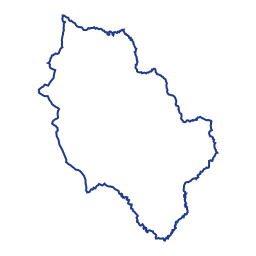 the district of Calvas, Loja, Ecuador
{"feature_id": "8360857B77805583896778", "entity_name": "Calvas", "entity_type": "district", "adm_level": 2, "iso_a3": "ECU", "parent_name": "Ecuador", "parent_adm1": "Loja", "projection": "natural_earth1", "projection_center": [-79.585, -4.34], "detail": "fine", "context": "isolated", "style": "outline", "palette": "blue", "viewbox_px": 256, "rotation_deg": 0, "n_neighbors": 0, "source": "geoboundaries", "source_scale": "gbopen_adm2", "svg_char_len": 5798}
<svg xmlns="http://www.w3.org/2000/svg" viewBox="0 0 256 256"><path d="M123.8,29.7L121.7,29.9L120.5,31.2L119.7,31.1L119.1,32.3L117.8,31.7L117.0,33.0L115.5,32.1L113.9,32.3L113.3,35.4L112.6,34.9L112.2,32.8L111.3,32.3L110.7,31.6L109.7,31.5L109.2,31.8L109.3,34.7L108.5,35.0L107.5,34.3L106.8,32.2L105.9,32.4L104.8,31.9L104.2,30.7L103.1,30.7L101.0,28.7L98.8,29.2L96.7,27.9L95.5,28.7L94.2,27.2L93.2,28.0L90.4,28.0L89.6,28.7L88.3,28.1L87.3,29.4L86.2,30.1L83.8,30.0L83.1,29.4L82.4,28.0L81.4,27.2L78.5,27.0L77.2,26.4L76.0,25.3L75.1,23.3L73.2,22.4L71.1,20.6L70.4,21.0L69.7,20.8L69.0,20.0L68.3,17.7L66.9,17.6L63.8,15.4L63.1,15.5L63.6,16.0L62.7,16.7L62.6,18.1L62.2,18.7L63.1,21.6L64.4,22.0L65.5,21.4L63.8,23.9L63.9,26.9L63.6,27.3L63.6,29.0L64.0,29.6L62.9,33.3L63.1,34.4L62.5,35.8L61.8,40.3L62.1,41.9L61.9,45.7L62.4,47.3L61.4,47.9L60.3,49.2L59.2,51.9L58.9,53.1L57.3,54.0L55.5,53.5L54.9,54.2L53.5,54.7L53.3,55.3L52.0,55.4L51.6,56.2L51.3,57.6L50.5,58.3L50.1,60.8L49.3,62.2L48.1,63.0L49.0,63.3L49.9,64.4L49.7,66.5L50.4,68.0L53.0,69.3L55.2,70.0L54.1,74.0L53.6,77.9L50.2,82.1L48.2,85.6L44.9,84.6L44.3,85.0L43.3,86.6L41.9,87.2L39.1,89.4L38.7,90.1L39.2,91.7L39.1,92.9L43.8,95.8L45.0,96.1L47.8,96.1L49.2,99.7L51.1,102.0L52.1,104.3L56.1,107.1L57.8,107.8L59.1,109.0L58.0,111.0L57.6,113.4L57.6,114.7L58.2,117.2L57.6,118.2L54.5,119.7L53.0,121.2L52.6,121.8L52.1,123.6L53.9,125.1L55.9,126.0L56.3,126.8L57.5,127.9L57.4,129.0L57.8,129.6L57.6,130.8L56.2,132.2L56.8,136.5L58.4,139.4L59.5,144.8L62.2,149.7L66.4,159.9L66.1,162.2L67.1,162.7L68.2,163.9L71.1,165.6L72.7,167.2L73.5,167.5L75.6,169.6L78.2,170.0L80.3,171.2L83.9,175.6L85.6,180.1L85.5,182.8L86.4,187.4L86.1,190.3L87.1,192.3L87.5,191.9L88.2,192.3L89.4,192.0L91.0,189.5L91.7,189.2L92.4,189.6L92.9,189.3L93.6,187.7L95.1,188.5L95.5,188.4L95.8,187.3L96.8,185.9L98.3,185.1L99.0,183.9L101.4,185.2L102.6,185.4L104.6,183.6L105.6,185.0L107.9,186.2L109.1,186.5L110.6,186.4L111.5,187.0L112.4,186.9L113.5,187.5L114.6,188.9L118.7,191.0L118.8,192.4L119.4,193.8L120.5,194.0L121.3,193.6L121.9,193.9L122.1,194.3L121.9,195.2L121.4,195.5L121.3,196.1L121.5,196.3L122.2,196.0L122.9,196.4L122.7,197.0L123.0,197.7L123.9,197.4L124.3,197.8L124.9,197.3L126.0,197.0L127.3,197.3L126.6,199.5L127.6,200.0L128.7,199.7L129.1,200.0L128.0,203.4L130.2,204.7L130.9,204.3L131.7,204.5L131.5,206.1L130.9,207.6L131.1,208.5L131.9,208.6L132.7,209.1L132.9,210.8L134.4,211.8L137.8,215.8L137.7,216.3L136.5,217.5L137.6,220.4L137.0,221.1L137.0,221.8L138.4,222.6L139.6,225.0L140.2,225.5L141.0,225.5L142.5,224.2L143.9,226.2L143.4,228.1L143.7,228.8L144.6,228.5L145.4,227.6L146.1,227.9L146.4,228.6L145.8,230.5L146.6,231.8L147.3,232.3L147.6,232.2L147.7,231.0L148.2,230.5L149.4,230.3L151.0,231.0L153.0,231.4L153.1,232.3L153.6,233.1L155.8,234.5L156.2,235.2L155.7,237.6L155.9,238.5L157.2,238.5L158.4,237.9L159.6,238.6L162.5,238.6L163.0,238.3L163.7,238.8L164.1,240.3L164.9,240.6L166.1,237.9L168.0,238.6L168.3,237.6L167.6,237.4L167.5,236.8L167.9,236.0L168.3,235.9L168.6,236.6L169.2,236.3L170.7,234.9L171.4,232.8L172.0,233.1L172.2,232.8L171.9,232.7L172.0,232.1L172.9,231.4L172.3,230.3L172.4,230.0L174.2,229.9L175.0,228.4L175.9,228.0L175.8,227.6L174.9,227.1L174.9,225.6L175.1,225.1L175.9,224.7L175.7,222.7L175.9,221.9L176.6,221.6L177.3,222.2L178.5,219.9L181.5,218.1L182.8,216.1L183.4,215.9L183.8,216.7L184.7,214.2L185.0,214.0L185.9,214.5L186.6,214.3L187.1,212.9L187.7,212.4L187.5,210.3L187.0,209.3L187.1,207.3L185.3,206.7L185.2,206.3L185.9,205.7L184.9,204.8L185.3,204.0L186.2,203.6L184.9,201.0L185.0,199.8L184.7,199.5L185.5,197.3L184.2,197.0L184.0,196.8L184.2,195.0L184.5,195.0L185.0,195.9L186.2,193.5L185.1,193.5L185.1,191.9L183.8,191.1L183.6,190.2L184.2,185.3L185.3,182.8L187.0,182.0L188.4,182.2L189.1,181.6L190.5,181.0L192.2,179.3L193.8,178.5L195.5,178.2L196.2,179.1L197.4,177.6L198.3,177.3L197.6,175.6L198.1,174.9L199.3,174.5L199.7,173.6L200.4,173.7L200.6,171.7L202.1,171.8L202.8,171.1L203.8,169.2L206.0,168.2L206.6,167.5L207.7,167.9L208.6,167.6L209.1,166.7L208.9,164.7L209.2,163.9L209.0,161.0L210.8,160.2L211.8,161.0L212.4,160.8L213.3,157.7L214.5,156.4L215.4,154.2L216.2,153.0L217.3,152.8L215.8,150.9L215.9,150.1L215.4,149.5L214.5,147.2L214.3,144.7L215.3,143.1L214.4,142.8L213.5,141.4L214.1,139.6L212.8,138.8L212.9,137.6L212.3,136.9L211.3,136.3L210.1,136.3L209.1,133.6L209.3,131.9L210.2,131.3L210.6,130.5L211.8,130.2L211.0,128.0L210.7,125.2L211.1,124.2L210.9,122.5L211.3,122.3L211.4,121.3L211.1,120.9L208.7,120.0L208.0,120.3L207.3,120.0L206.6,120.2L205.1,119.6L203.2,118.5L202.5,118.4L200.1,116.8L198.5,117.7L197.9,117.5L196.6,118.6L197.0,119.7L196.2,120.0L195.5,119.7L193.0,120.6L192.7,120.1L192.0,120.7L191.1,120.5L190.5,121.2L189.5,121.5L188.5,120.5L187.1,120.3L185.8,121.8L185.0,122.2L183.6,122.0L182.7,120.5L181.2,118.8L181.0,118.2L181.6,116.4L181.4,114.1L179.5,112.7L178.9,109.9L178.4,109.6L178.8,107.9L178.2,106.2L177.0,105.8L176.6,105.4L176.2,105.5L175.6,104.1L176.1,102.9L176.3,100.8L175.1,97.7L174.4,96.6L173.3,95.7L168.5,94.4L167.4,92.7L167.1,91.4L167.2,90.4L167.5,89.9L166.6,87.7L166.4,84.7L166.9,83.3L166.0,81.3L165.8,80.0L165.0,78.8L163.8,78.3L162.8,76.8L161.7,76.5L160.8,75.4L156.9,74.0L156.6,73.1L155.7,72.1L155.6,70.0L154.8,68.9L153.9,68.7L153.0,69.6L152.0,69.5L151.8,70.9L151.5,70.9L151.1,71.5L150.0,71.5L148.3,72.6L147.0,72.6L146.3,73.4L144.6,72.6L141.9,73.2L141.4,72.2L138.9,72.4L137.5,71.8L137.0,71.2L137.1,69.6L135.7,68.2L135.5,66.9L136.0,65.5L135.8,64.7L136.8,64.5L137.5,61.7L137.0,61.1L137.2,60.0L136.6,59.2L136.8,58.5L136.5,57.8L136.6,56.9L135.4,54.8L135.5,53.3L134.7,52.0L135.7,51.5L135.8,49.6L136.4,48.8L135.4,48.0L134.5,46.3L134.1,45.0L133.5,44.0L133.5,42.6L132.4,40.9L132.2,39.7L131.8,39.5L131.2,40.1L130.7,40.0L130.5,39.3L130.7,37.8L129.2,37.9L128.7,36.1L128.1,35.9L127.4,35.0L126.4,34.9L126.0,34.0L124.9,33.8L124.1,31.8L123.4,31.0L123.8,29.7Z" fill="none" stroke="#1e3a8a" stroke-width="2"/></svg>